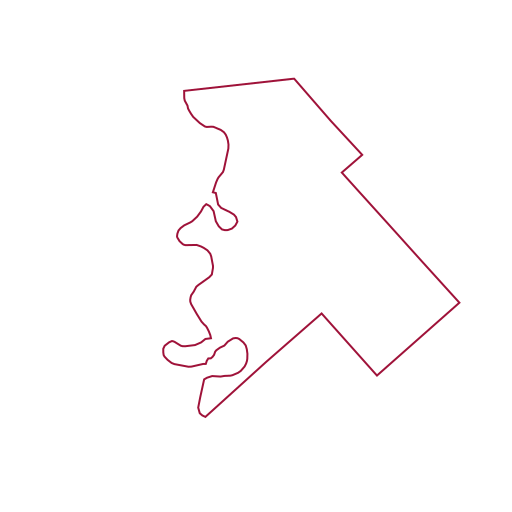 outline of Coahoma, Mississippi, United States of America, rotated 318°
{"feature_id": "52423323B41224890056443", "entity_name": "Coahoma", "entity_type": "district", "adm_level": 2, "iso_a3": "USA", "parent_name": "United States of America", "parent_adm1": "Mississippi", "projection": "orthographic", "projection_center": [-90.749, 34.255], "detail": "fine", "context": "isolated", "style": "outline", "palette": "rose", "viewbox_px": 512, "rotation_deg": 318, "n_neighbors": 0, "source": "geoboundaries", "source_scale": "gbopen_adm2", "svg_char_len": 2082}
<svg xmlns="http://www.w3.org/2000/svg" viewBox="0 0 512 512"><g transform="rotate(318 256 256)"><path d="M375.9,426.8L375.7,371.5L375.7,320.3L375.6,276.2L375.6,251.4L402.6,251.9L402.0,205.4L403.0,149.8L402.0,149.0L313.1,85.2L308.3,90.7L307.0,92.9L305.7,98.4L304.2,100.9L303.6,103.2L302.9,106.7L302.4,110.6L303.2,119.7L304.7,125.6L305.7,127.1L309.2,129.9L310.8,131.5L314.2,138.8L315.0,142.6L314.7,145.6L313.7,148.6L312.3,151.5L310.1,154.8L307.3,157.7L289.9,170.3L287.6,171.5L280.7,172.5L278.9,173.1L275.6,174.6L266.6,179.8L268.3,182.3L262.3,192.4L262.3,197.0L265.4,204.5L265.7,205.1L267.3,210.5L267.2,213.7L266.5,215.2L265.2,218.0L261.0,219.5L256.4,219.5L252.3,217.8L250.2,216.0L248.5,213.5L248.2,209.0L249.4,203.3L254.5,194.3L255.1,188.2L254.4,186.0L253.7,184.2L249.9,184.3L244.9,186.1L238.6,187.4L231.9,187.5L229.7,187.1L223.2,185.2L218.7,184.8L215.5,185.2L212.5,186.8L210.5,188.5L209.9,189.6L209.1,193.9L209.5,198.1L209.8,199.1L210.8,200.7L219.3,208.1L221.5,212.1L222.6,215.0L223.7,219.3L223.5,223.7L222.4,226.4L217.4,234.6L216.0,236.1L210.8,240.2L207.1,240.5L193.9,239.0L191.1,238.9L185.9,240.8L181.6,241.8L179.8,242.9L177.8,244.5L176.6,246.0L175.6,248.4L173.2,259.4L171.6,268.3L171.6,272.1L171.9,274.6L171.6,276.5L170.5,280.5L169.1,284.2L167.5,287.0L164.9,285.2L162.9,283.8L157.4,283.5L151.1,281.4L143.0,275.7L141.1,273.9L140.1,272.4L138.0,265.2L137.1,263.5L136.5,262.9L133.7,262.0L128.1,261.6L125.0,262.9L122.6,265.6L121.1,267.8L120.7,269.5L120.8,274.0L121.7,279.0L123.0,281.7L131.7,293.1L134.0,295.0L144.4,300.8L146.5,302.6L149.2,301.0L152.0,300.2L153.9,301.8L156.1,301.9L158.7,301.4L161.6,299.8L163.4,299.5L167.9,300.0L172.5,301.4L177.7,300.8L183.9,301.9L186.1,303.4L187.3,304.8L188.0,306.5L188.8,311.8L188.5,315.6L186.8,319.1L184.2,322.9L180.7,326.6L179.1,327.9L176.7,329.3L173.6,330.5L167.8,331.2L164.5,330.8L158.7,328.8L156.9,327.8L152.3,324.0L149.0,321.9L143.1,315.9L138.2,313.7L134.9,313.0L120.1,323.6L111.6,330.0L109.0,335.2L109.4,338.5L110.7,341.7L192.9,341.5L266.3,342.6L265.9,425.8L267.6,425.8L375.9,426.8Z" fill="none" stroke="#9f1239" stroke-width="2"/></g></svg>